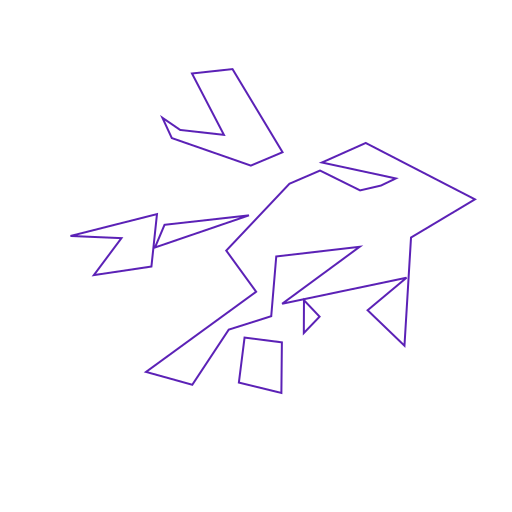 the Unitary District of Argyll and Bute, rotated 28°
{"feature_id": "GBR-2746", "entity_name": "Argyll and Bute", "entity_type": "Unitary District", "adm_level": 1, "iso_a3": "GBR", "parent_name": "United Kingdom", "parent_adm1": "", "projection": "robinson", "projection_center": [-5.597, 55.994], "detail": "coarse", "context": "isolated", "style": "outline", "palette": "violet", "viewbox_px": 512, "rotation_deg": 28, "n_neighbors": 0, "source": "natural_earth", "source_scale": "10m", "svg_char_len": 769}
<svg xmlns="http://www.w3.org/2000/svg" viewBox="0 0 512 512"><g transform="rotate(28 256 256)"><path d="M429.2,265.5L380.0,251.5L399.1,204.5L301.5,285.9L343.2,199.2L274.1,246.9L297.7,302.0L266.5,333.8L260.2,399.6L213.3,410.0L272.9,287.5L227.2,265.2L251.6,176.5L272.4,150.5L317.1,149.2L333.3,135.1L343.0,121.9L270.3,142.5L299.8,104.7L422.7,103.2L384.2,166.9L429.2,265.5ZM230.7,151.9L209.0,178.6L126.3,191.4L108.5,177.9L129.9,180.3L170.8,164.1L113.8,124.9L147.5,102.0L230.7,151.9ZM168.6,314.4L121.8,349.0L128.8,303.4L82.8,325.4L148.9,265.5L168.6,314.4ZM342.7,365.0L300.3,375.8L284.2,333.4L319.4,320.1L342.7,365.0ZM160.6,271.4L230.7,223.4L162.8,295.9L160.6,271.4ZM340.6,279.7L334.4,301.6L319.1,272.5L340.6,279.7Z" fill="none" stroke="#5b21b6" stroke-width="2"/></g></svg>